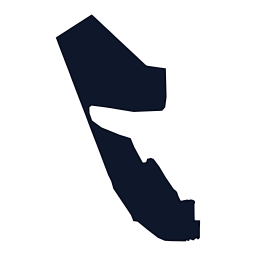 outline of Um Bada, Khartoum, Sudan
{"feature_id": "16777658B32712127220798", "entity_name": "Um Bada", "entity_type": "district", "adm_level": 2, "iso_a3": "SDN", "parent_name": "Sudan", "parent_adm1": "Khartoum", "projection": "natural_earth1", "projection_center": [32.183, 16.117], "detail": "fine", "context": "isolated", "style": "filled", "palette": "ink", "viewbox_px": 256, "rotation_deg": 0, "n_neighbors": 0, "source": "geoboundaries", "source_scale": "gbopen_adm2", "svg_char_len": 1714}
<svg xmlns="http://www.w3.org/2000/svg" viewBox="0 0 256 256"><path d="M56.7,37.8L58.0,41.2L58.9,43.7L60.1,46.8L62.4,52.9L64.7,58.8L64.8,59.2L69.6,71.6L72.5,79.5L77.8,93.4L80.2,99.7L86.7,116.5L89.0,122.8L94.7,137.7L97.2,144.1L103.2,159.9L105.3,165.5L107.0,169.9L108.7,174.5L112.0,181.2L112.0,181.3L114.0,188.4L114.1,188.5L118.9,195.7L128.4,209.9L131.6,214.7L131.8,215.1L133.7,220.0L133.8,220.4L134.4,220.5L138.0,221.0L140.2,222.9L144.3,226.2L148.2,229.4L158.2,237.1L164.2,239.7L164.7,240.0L171.1,240.4L185.3,240.6L185.3,239.7L186.2,239.7L186.9,239.7L187.7,239.9L188.4,240.2L188.8,239.8L189.2,238.7L189.4,238.1L191.0,238.8L192.0,239.2L193.3,239.6L194.1,238.9L195.1,238.1L195.9,237.3L197.4,237.2L197.4,238.4L198.2,238.5L198.7,238.0L199.1,237.5L199.1,234.2L199.1,231.2L199.1,229.9L199.1,228.3L199.2,226.9L199.2,226.0L199.3,223.4L199.3,221.8L199.3,221.1L198.1,221.1L197.4,221.0L196.6,221.0L194.9,221.0L194.0,221.0L193.9,218.0L193.8,214.7L193.7,203.7L194.1,203.3L194.3,202.6L194.2,201.7L193.8,201.1L192.0,200.4L191.0,200.2L190.0,200.4L189.4,200.6L188.5,200.7L187.6,200.4L186.8,200.4L180.7,201.6L179.8,200.8L177.7,196.4L176.4,192.4L175.2,191.1L173.2,189.6L165.2,177.9L158.9,167.3L153.2,159.6L150.9,158.7L147.7,159.5L147.1,161.9L145.7,163.2L142.3,163.3L133.6,147.3L130.1,138.8L118.9,135.3L101.2,128.1L91.5,121.0L88.8,113.4L88.6,107.0L91.3,104.8L106.1,106.7L133.6,111.2L161.8,110.0L164.5,107.0L165.8,96.9L165.1,69.3L165.1,69.0L164.8,69.0L163.8,68.8L161.2,68.5L161.0,68.4L160.4,68.4L158.4,68.1L152.8,67.3L147.2,66.5L145.5,65.8L130.8,52.0L117.3,39.4L114.7,37.0L111.1,33.5L104.3,27.2L101.0,24.1L95.5,18.9L91.7,15.4L91.0,15.8L73.2,27.2L62.5,34.1L56.9,37.7L56.7,37.8Z" fill="#0f172a" stroke="#020617" stroke-width="1.5"/></svg>